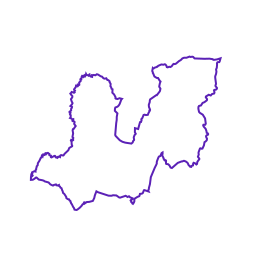 the district of Hon Quan, Bình Phước, Vietnam, rotated 17°
{"feature_id": "81297802B26799209243085", "entity_name": "Hon Quan", "entity_type": "district", "adm_level": 2, "iso_a3": "VNM", "parent_name": "Vietnam", "parent_adm1": "Bình Phước", "projection": "equal_earth", "projection_center": [106.554, 11.627], "detail": "fine", "context": "isolated", "style": "outline", "palette": "violet", "viewbox_px": 256, "rotation_deg": 17, "n_neighbors": 0, "source": "geoboundaries", "source_scale": "gbopen_adm2", "svg_char_len": 5801}
<svg xmlns="http://www.w3.org/2000/svg" viewBox="0 0 256 256"><g transform="rotate(17 128 128)"><path d="M82.5,85.7L81.4,87.1L79.7,87.3L79.3,87.7L78.2,87.9L78.7,89.6L77.3,89.7L76.0,88.9L75.5,88.0L75.3,88.2L75.3,89.5L75.1,89.6L74.5,89.2L72.9,89.4L72.1,88.6L72.2,90.0L71.7,91.5L71.3,91.4L70.7,90.5L70.4,90.9L70.2,92.3L69.9,92.2L69.5,91.5L68.9,91.5L68.7,92.6L69.1,94.9L68.3,95.0L68.2,95.2L68.3,95.7L68.9,96.5L69.0,97.0L68.1,98.5L68.0,98.9L68.8,100.9L68.6,101.2L67.5,101.2L67.9,102.2L67.7,102.7L66.8,102.2L65.9,102.5L66.1,104.2L65.1,106.8L65.5,107.4L66.3,107.7L66.0,108.6L66.6,109.3L66.3,109.9L65.9,110.1L63.6,110.0L63.2,111.4L62.8,111.9L63.4,112.5L65.4,113.7L65.7,114.5L65.7,115.1L65.0,117.1L66.4,119.1L67.7,120.4L67.5,121.8L66.5,123.8L68.3,124.2L68.4,125.0L68.0,126.5L68.5,127.9L67.3,129.6L67.6,130.3L68.5,130.3L68.6,132.1L69.4,132.4L69.6,132.8L70.0,134.5L69.7,135.4L71.2,135.5L72.4,136.1L73.1,135.6L73.2,135.9L72.6,136.9L72.7,137.4L73.1,137.6L74.0,137.3L75.2,137.9L75.3,139.8L77.4,141.4L76.2,145.0L75.7,145.2L75.7,146.4L77.1,149.2L77.5,152.8L78.6,153.5L78.6,154.5L79.1,155.6L78.5,156.3L77.8,155.8L77.2,155.8L77.0,156.6L78.0,157.6L79.1,160.5L79.7,161.0L79.9,161.8L77.7,164.2L77.4,166.8L74.9,171.2L74.4,172.9L74.0,173.3L72.2,173.4L71.6,173.7L71.3,174.2L71.5,175.6L70.4,175.4L69.3,177.0L68.8,176.5L68.0,177.3L67.3,177.1L66.6,176.1L66.2,176.0L65.5,176.4L63.5,178.5L63.2,178.5L62.8,178.4L62.4,177.0L60.8,177.0L60.3,175.7L59.5,175.7L58.8,175.2L58.4,175.3L57.9,175.6L57.3,177.0L56.9,176.8L56.8,176.1L56.4,176.2L56.2,176.9L56.3,177.9L56.1,178.2L54.7,178.0L54.7,179.7L54.0,179.0L53.7,179.2L53.8,181.6L53.3,182.1L52.9,185.1L52.1,188.0L52.5,190.1L51.9,191.3L52.1,192.7L52.0,193.5L52.3,194.5L51.9,195.4L52.3,196.7L51.0,196.8L49.2,198.5L49.3,199.0L50.0,199.8L49.9,200.1L49.1,200.4L49.2,201.4L50.6,201.6L50.4,202.2L49.5,203.1L50.3,206.0L52.1,205.3L53.4,203.9L54.3,202.4L55.0,202.1L57.8,203.4L61.3,203.0L62.9,203.0L63.8,203.4L68.0,203.3L70.2,204.6L72.8,205.0L73.5,204.7L73.7,204.2L75.6,203.0L75.9,203.1L76.3,203.7L77.4,203.6L78.5,202.8L78.6,203.5L80.1,203.9L80.9,204.8L82.0,205.0L83.4,207.0L84.0,207.5L84.8,209.0L86.4,209.7L89.0,211.9L89.5,213.0L91.0,213.6L92.5,213.5L93.1,214.3L94.1,214.5L94.5,215.4L95.1,215.7L95.7,216.8L96.5,217.2L98.6,219.5L99.6,220.2L100.7,221.7L102.6,221.5L103.4,220.9L105.2,218.3L106.5,215.7L106.8,214.4L107.5,213.6L107.8,211.9L108.1,211.8L108.6,212.9L110.3,210.8L112.5,210.0L115.7,208.0L116.2,204.8L116.0,202.2L116.3,197.8L118.1,198.2L129.2,198.4L132.1,197.6L133.3,196.7L136.6,195.9L139.9,197.0L140.8,196.9L145.6,193.5L147.8,194.1L148.9,193.0L150.3,193.7L153.0,193.9L153.1,194.5L152.9,195.0L151.8,196.1L151.7,196.6L152.3,197.0L152.8,197.9L154.0,198.1L154.2,198.9L154.9,199.1L155.4,197.6L155.5,196.2L155.0,194.6L155.1,193.5L157.2,191.1L158.7,189.9L158.8,189.5L158.7,187.5L160.5,186.7L161.2,185.8L161.4,182.9L161.8,182.6L166.3,182.7L165.7,182.0L165.6,181.5L165.8,180.3L165.5,179.1L165.4,175.4L164.2,168.3L165.2,158.3L165.8,154.7L165.9,153.5L165.5,152.3L165.4,151.3L165.7,147.1L166.0,146.2L167.1,145.4L167.5,142.1L168.2,141.3L168.6,142.5L168.7,144.2L170.5,146.0L171.1,147.1L171.8,147.4L172.3,148.2L172.7,148.3L173.4,147.8L173.9,148.1L174.6,150.6L175.1,151.2L177.0,150.9L178.6,151.7L180.3,153.4L181.7,153.4L185.8,146.8L189.0,144.3L189.5,144.2L191.1,143.0L193.0,143.1L194.9,143.8L195.7,144.4L196.5,145.5L198.8,146.9L199.8,146.7L199.7,145.8L201.1,144.8L200.7,143.0L200.9,142.1L202.3,142.1L204.0,142.9L204.5,142.2L204.2,140.0L205.3,137.0L205.1,136.4L203.3,135.1L203.4,132.6L202.7,131.3L202.6,130.3L202.8,126.6L203.3,126.2L204.5,126.3L205.2,125.9L205.7,122.4L205.3,119.2L206.2,118.1L206.8,116.9L206.9,116.3L206.6,115.0L205.7,114.2L205.0,113.0L205.4,111.9L206.5,110.9L206.4,110.3L205.9,109.8L204.7,109.6L203.9,108.0L202.5,106.1L200.1,104.6L199.2,103.7L199.1,103.2L199.2,102.8L200.9,102.3L201.1,101.1L198.9,96.3L195.6,93.4L192.3,92.5L191.2,91.8L189.7,89.1L189.2,87.3L189.5,86.1L191.2,85.1L192.0,82.2L193.5,81.0L195.3,78.5L195.3,77.7L195.0,77.1L193.4,75.9L193.3,75.1L195.5,72.6L197.6,72.7L198.4,71.0L200.3,69.8L200.3,68.7L199.2,66.8L199.5,66.3L200.9,65.6L201.5,64.5L201.4,63.7L199.4,62.3L199.2,61.7L199.3,60.1L196.7,54.4L196.3,53.1L196.4,50.5L196.1,48.3L195.1,46.2L195.3,44.5L194.7,41.5L194.2,40.2L194.2,39.3L194.7,38.7L196.0,38.3L196.2,37.4L196.1,34.3L193.2,36.3L190.3,37.7L189.5,37.8L188.9,37.4L185.6,37.9L180.8,39.5L171.3,42.0L169.6,41.0L168.7,41.0L167.0,41.8L166.0,41.7L163.4,43.7L161.1,44.4L159.7,45.5L158.6,47.6L157.2,49.1L155.1,52.4L154.1,53.2L153.0,53.3L152.5,53.9L151.7,56.2L150.7,57.3L149.5,57.4L148.2,58.4L147.3,58.4L146.4,57.1L145.1,56.3L144.3,56.4L143.5,57.1L141.3,57.5L138.7,59.7L138.1,60.9L137.5,61.1L137.1,61.7L135.7,62.6L135.2,63.5L134.5,63.8L134.2,63.6L134.5,66.4L135.4,67.4L135.7,68.2L136.0,68.3L138.2,71.0L140.8,71.7L142.1,71.4L144.6,73.6L145.5,74.0L145.4,76.0L145.7,79.1L145.9,79.5L147.5,80.9L147.7,82.7L147.7,83.6L146.0,88.1L145.6,88.1L140.8,94.2L140.8,95.2L141.2,96.9L141.1,99.6L141.4,100.6L142.0,101.9L143.5,103.7L143.4,104.8L143.8,104.8L143.8,105.1L143.2,107.8L143.1,109.6L141.4,110.4L140.0,110.4L139.1,111.0L138.8,114.3L138.2,115.5L138.3,116.2L138.7,116.5L138.7,118.4L137.9,118.7L137.8,119.5L138.0,126.0L134.7,126.1L135.8,130.0L137.1,131.3L136.4,132.7L136.2,134.6L136.3,135.5L137.3,137.5L137.3,137.8L136.7,139.0L136.7,140.4L135.8,141.9L129.7,142.8L126.7,142.8L123.7,142.1L118.5,139.2L117.8,138.4L115.3,126.8L114.8,123.4L114.0,120.7L113.6,117.1L110.4,115.4L109.9,113.4L109.9,112.1L111.7,110.7L112.3,109.7L112.8,108.4L113.0,107.4L113.3,102.8L113.7,101.9L111.2,102.0L109.4,103.4L107.6,103.5L107.3,103.3L107.1,102.2L104.9,100.0L102.7,98.8L101.9,95.5L100.8,95.3L100.0,94.0L99.0,93.2L98.5,90.9L96.9,89.4L96.8,88.8L96.4,88.5L95.2,88.0L94.2,88.1L92.7,86.8L91.4,87.6L90.7,87.7L89.8,87.5L88.2,86.5L86.7,86.5L83.9,85.7L82.5,85.7Z" fill="none" stroke="#5b21b6" stroke-width="2"/></g></svg>